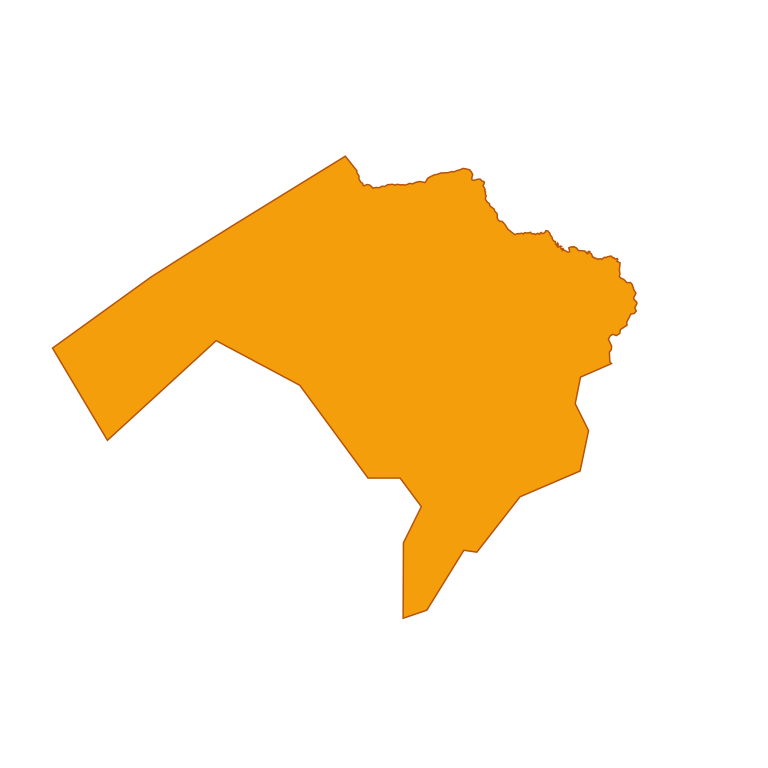 Maiwut, Upper Nile, South Sudan (Mercator projection), rotated 238°
{"feature_id": "79223893B33528845536299", "entity_name": "Maiwut", "entity_type": "district", "adm_level": 2, "iso_a3": "SSD", "parent_name": "South Sudan", "parent_adm1": "Upper Nile", "projection": "mercator", "projection_center": [33.888, 8.784], "detail": "fine", "context": "isolated", "style": "filled", "palette": "amber", "viewbox_px": 768, "rotation_deg": 238, "n_neighbors": 0, "source": "geoboundaries", "source_scale": "gbopen_adm2", "svg_char_len": 3555}
<svg xmlns="http://www.w3.org/2000/svg" viewBox="0 0 768 768"><g transform="rotate(238 384 384)"><path d="M590.1,121.9L482.8,119.6L509.7,264.6L427.5,311.9L312.7,320.6L295.7,347.8L260.2,350.7L239.0,316.3L175.2,276.1L169.5,300.5L184.3,330.4L200.7,363.6L192.2,373.6L216.3,439.6L206.3,504.2L236.1,532.8L265.9,535.7L285.7,554.3L280.8,587.7L283.2,587.3L291.6,592.0L292.7,595.0L295.5,597.1L303.1,598.1L304.9,601.2L304.9,604.3L301.9,606.8L302.0,610.8L304.9,613.3L305.1,621.3L307.8,622.5L312.5,630.5L311.2,633.6L312.2,636.6L315.8,637.0L317.9,640.9L319.5,641.7L323.5,640.8L324.9,641.6L327.5,645.8L330.9,645.7L336.7,647.2L339.4,646.8L341.2,643.7L345.6,642.8L348.2,641.0L350.4,640.5L352.4,642.5L355.9,644.0L361.6,648.4L363.9,647.1L364.6,646.6L366.0,648.4L366.8,648.3L367.4,646.5L368.3,646.0L369.4,645.9L370.1,644.8L371.9,644.6L372.5,643.7L373.5,640.7L373.5,639.6L374.2,638.7L374.6,638.0L374.6,636.7L374.3,635.8L374.3,634.7L375.2,634.4L376.3,632.3L376.1,631.7L377.3,631.1L378.6,630.1L378.6,629.4L380.0,629.2L380.7,628.8L381.2,628.1L382.4,628.5L383.8,628.8L384.9,628.7L385.8,628.1L387.3,628.8L387.9,628.2L388.0,627.2L386.9,626.6L386.6,625.5L387.3,625.2L388.5,625.5L389.3,624.7L390.5,624.7L391.4,623.4L392.9,621.4L394.2,619.5L396.0,619.5L397.7,619.2L398.7,618.3L399.4,618.3L400.0,617.7L400.0,616.5L400.8,616.2L401.1,615.0L401.4,614.3L401.5,612.8L400.6,612.5L399.0,612.2L397.8,611.4L398.1,610.3L398.8,609.4L400.5,608.7L402.5,607.5L402.6,606.5L403.5,607.6L404.2,607.6L404.2,606.8L403.9,606.0L404.3,605.8L405.9,605.7L406.3,606.0L406.6,607.4L407.4,606.8L407.8,605.6L407.8,604.2L408.7,603.6L409.4,604.0L409.4,605.2L410.2,605.9L411.6,605.8L411.2,605.2L410.6,604.1L411.6,603.6L412.7,604.0L413.6,604.8L414.4,604.6L415.4,603.6L417.5,603.6L419.6,604.3L420.7,604.2L422.5,603.9L423.9,604.6L425.0,604.3L427.1,604.0L428.3,602.5L427.3,601.0L427.2,598.9L427.9,597.9L429.2,597.7L429.2,596.3L428.5,595.4L429.2,594.7L430.4,594.2L430.4,592.8L430.5,591.5L431.6,591.3L432.3,589.9L433.3,588.8L435.0,588.7L435.3,587.3L436.4,585.0L437.5,584.1L437.8,583.0L437.2,581.9L438.7,580.9L439.5,579.3L439.5,578.6L440.2,578.0L441.1,576.2L441.1,575.3L441.2,574.2L443.5,573.3L446.5,572.2L449.7,571.1L452.6,571.1L455.1,571.1L457.5,570.7L459.2,570.4L460.7,568.5L462.5,567.8L464.5,567.9L466.2,568.9L468.5,570.2L470.0,569.9L472.1,569.5L473.8,570.1L475.6,569.5L477.3,568.8L479.1,568.1L480.3,568.8L481.5,569.0L482.1,568.6L483.0,568.0L485.1,568.0L486.6,567.8L487.7,568.4L489.6,570.5L490.6,570.5L492.0,570.8L493.0,571.9L494.5,571.8L495.4,572.8L497.6,573.0L499.7,573.1L500.8,575.0L502.0,576.1L503.3,575.5L504.1,574.7L505.4,574.4L506.9,574.1L508.1,571.8L508.4,570.1L509.2,568.0L510.3,566.9L511.4,567.1L513.2,568.6L514.4,570.1L517.2,570.5L520.3,570.1L523.5,567.0L525.1,565.0L525.2,562.8L525.7,560.8L526.4,558.9L526.5,557.5L526.9,555.8L528.3,553.9L528.8,551.8L529.6,549.7L531.2,546.9L532.9,543.9L533.5,540.5L534.7,537.6L535.0,534.8L535.3,533.1L535.3,530.1L533.8,527.3L533.2,525.3L535.0,523.6L536.5,522.0L538.0,518.5L538.3,516.9L538.5,514.4L539.5,513.3L540.7,511.8L540.8,510.1L541.5,507.2L543.0,505.7L543.6,504.2L545.2,502.4L546.6,500.5L546.6,499.0L547.9,497.9L549.1,496.7L550.2,494.3L551.1,492.9L551.1,491.4L551.1,489.3L552.4,487.7L552.9,486.5L552.9,484.5L553.6,483.0L554.9,481.5L555.4,479.9L556.2,478.2L558.3,478.0L560.3,477.3L562.1,475.4L562.4,474.0L562.6,472.3L563.3,471.6L565.3,472.1L566.1,472.0L567.3,471.4L569.2,471.3L571.6,471.6L573.5,473.0L575.5,473.0L577.9,473.0L579.1,474.0L597.7,471.9L598.5,341.6L598.5,279.6L598.2,243.7L597.1,226.5L590.1,121.9Z" fill="#f59e0b" stroke="#b45309" stroke-width="1.5"/></g></svg>